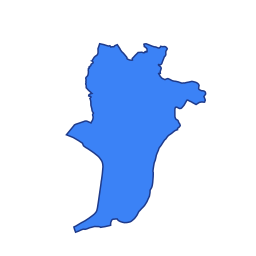 the district of Viet Tri, Phú Thọ, Vietnam, rotated 70°
{"feature_id": "81297802B93284854578765", "entity_name": "Viet Tri", "entity_type": "district", "adm_level": 2, "iso_a3": "VNM", "parent_name": "Vietnam", "parent_adm1": "Phú Thọ", "projection": "robinson", "projection_center": [105.368, 21.333], "detail": "fine", "context": "isolated", "style": "filled", "palette": "blue", "viewbox_px": 256, "rotation_deg": 70, "n_neighbors": 0, "source": "geoboundaries", "source_scale": "gbopen_adm2", "svg_char_len": 4986}
<svg xmlns="http://www.w3.org/2000/svg" viewBox="0 0 256 256"><g transform="rotate(70 128 128)"><path d="M202.5,212.7L204.8,212.9L208.0,212.9L208.0,211.1L208.0,209.9L207.8,207.7L207.7,205.7L207.8,204.6L208.0,203.9L208.5,203.1L208.6,202.5L208.7,201.1L208.6,198.0L208.8,196.4L209.0,194.1L209.1,193.2L209.3,192.6L210.0,190.9L210.5,189.5L211.3,188.2L212.0,187.7L212.2,186.4L212.8,183.4L212.9,182.7L213.1,181.1L213.2,180.5L213.3,179.5L213.4,178.7L213.4,178.2L213.5,177.6L213.0,177.4L212.2,177.1L211.4,176.8L210.7,176.4L210.2,175.9L209.5,175.3L209.1,174.9L208.9,174.5L208.7,174.2L208.6,173.8L208.6,173.6L208.7,172.8L209.0,171.9L209.1,171.5L209.3,170.4L209.6,169.8L209.9,169.2L210.1,169.2L210.3,169.2L211.6,168.7L213.2,167.3L214.7,165.4L215.7,163.8L216.5,161.3L216.8,159.2L216.9,157.9L216.7,156.7L215.6,153.6L214.9,152.2L213.1,149.5L210.2,146.4L209.3,144.5L208.4,142.9L208.0,142.0L207.8,141.5L206.5,139.0L204.2,136.0L203.5,135.2L201.6,133.4L199.4,131.2L196.4,129.5L194.0,128.5L192.9,127.2L192.5,126.7L191.5,125.7L190.0,124.7L187.8,123.5L184.1,121.8L182.3,121.0L180.1,120.1L179.2,119.8L178.4,119.5L177.3,119.4L175.4,118.5L172.1,116.7L169.7,115.3L167.4,113.3L164.6,111.5L163.4,110.8L162.1,109.7L160.9,108.6L159.2,107.0L157.7,105.9L156.8,104.7L156.0,103.4L155.0,102.0L154.1,100.9L153.0,99.4L151.8,97.8L151.1,96.0L150.6,95.4L149.4,93.6L148.8,92.3L148.3,90.2L147.8,88.4L147.5,87.6L147.2,86.8L146.7,85.3L146.5,84.3L146.5,83.0L146.5,82.1L146.1,82.2L145.2,81.3L144.7,79.7L144.1,78.7L143.6,78.1L142.6,78.0L142.1,78.0L141.2,78.1L140.4,78.5L138.8,78.4L138.0,78.5L137.6,78.7L136.4,79.8L135.2,80.1L133.6,80.1L132.4,79.7L129.3,78.6L127.3,77.9L125.9,77.3L124.9,76.4L124.8,75.7L125.3,74.8L127.3,73.0L127.7,71.5L127.4,70.5L125.8,67.6L122.0,63.1L122.2,62.3L123.9,60.8L125.0,59.6L126.4,58.5L127.5,57.5L129.2,56.0L128.7,53.8L128.4,52.4L128.4,51.8L128.7,50.2L128.8,49.6L129.4,48.5L129.9,47.2L128.3,45.9L127.6,45.8L124.4,45.9L123.5,44.6L122.6,43.4L121.3,43.1L120.5,43.1L119.3,43.9L118.7,44.8L118.0,46.3L117.3,47.0L116.1,48.0L115.2,48.2L113.3,47.3L112.5,46.7L111.1,46.7L109.7,47.4L108.9,48.0L108.0,49.0L106.6,51.0L106.0,52.1L105.7,54.8L105.2,57.8L105.1,59.4L104.7,60.2L104.3,62.0L102.7,64.0L102.0,64.8L100.5,67.1L99.6,68.9L98.6,70.3L96.5,72.2L95.2,73.6L95.1,74.2L95.1,76.1L95.2,76.5L95.1,76.8L94.3,77.7L93.0,79.0L90.4,80.1L89.6,80.1L88.5,80.4L87.3,80.6L87.2,80.1L87.4,79.8L87.7,79.4L87.7,78.9L86.4,78.6L85.5,78.1L84.2,77.0L83.3,76.4L82.5,76.3L81.9,76.4L80.3,77.2L79.5,77.8L79.0,77.8L78.8,77.5L78.8,77.3L79.5,76.6L79.6,76.1L79.5,75.2L79.1,74.3L77.6,73.1L75.6,71.3L73.4,69.4L73.1,68.5L72.6,67.9L72.1,67.4L69.8,66.6L68.9,66.2L68.1,65.3L67.5,64.5L67.0,64.0L65.8,64.2L64.7,64.8L64.0,65.6L63.8,66.3L63.4,67.7L62.7,68.9L62.4,69.4L63.2,70.1L63.5,71.5L62.9,72.5L61.4,74.1L60.6,75.7L59.1,77.6L57.0,79.9L55.1,82.1L54.7,83.5L54.7,84.4L55.3,84.5L56.4,84.6L56.7,84.9L56.7,85.4L56.8,85.1L57.9,84.1L59.0,83.5L60.0,83.1L60.9,83.3L62.9,84.1L62.9,84.5L62.2,85.1L62.1,85.9L62.8,86.2L62.8,86.9L62.6,87.7L61.7,88.9L61.4,89.4L61.2,90.3L60.5,92.7L61.5,94.8L62.1,96.2L63.5,98.8L63.9,99.7L64.1,100.2L64.6,100.4L65.6,100.5L65.7,101.1L64.7,103.2L64.1,103.8L63.7,104.2L63.0,105.0L62.3,105.2L61.3,104.9L58.1,106.0L56.2,106.7L54.3,107.7L52.3,108.3L50.6,108.5L47.2,109.3L46.0,109.6L46.1,110.8L46.1,112.0L46.4,112.8L46.8,113.4L46.7,113.7L46.4,114.6L46.1,115.7L46.1,116.4L45.9,116.6L45.0,116.7L44.5,116.9L44.5,117.0L44.4,118.0L44.0,118.8L41.3,122.3L39.1,125.8L41.3,127.5L43.2,129.1L45.4,129.8L47.0,130.4L48.1,131.1L48.9,132.2L49.4,134.2L50.0,135.6L52.2,138.4L52.6,138.9L52.6,139.0L52.9,138.7L53.5,138.4L54.4,138.3L54.9,138.7L55.2,139.5L55.3,140.3L55.5,140.9L56.4,141.4L56.8,141.8L57.0,142.7L57.3,143.7L57.5,143.7L58.2,143.6L58.5,144.0L58.4,144.6L58.6,144.9L58.9,145.0L60.4,145.7L61.4,145.9L63.2,146.7L64.2,147.3L65.0,148.0L65.6,149.0L66.1,150.2L66.8,150.6L67.2,150.8L68.3,150.9L69.7,151.6L70.6,151.9L71.0,151.9L71.4,152.2L72.1,152.7L72.6,152.7L73.6,152.7L75.9,153.5L76.0,153.4L79.1,152.2L81.3,151.0L83.2,150.1L83.0,151.3L83.2,152.4L83.3,153.2L83.6,153.4L84.0,153.8L84.4,154.0L84.8,153.6L85.4,152.4L85.8,152.2L86.3,152.2L86.7,152.9L86.9,153.1L87.2,153.7L87.7,153.7L88.2,153.6L90.3,153.9L91.0,154.1L94.0,155.1L97.5,155.4L99.2,155.8L100.5,155.8L101.8,155.4L102.2,155.3L102.5,155.6L103.0,156.5L103.6,156.8L104.4,156.9L105.3,156.9L106.7,157.4L108.4,158.6L109.4,159.8L109.9,160.4L110.6,161.1L109.9,161.7L107.4,164.4L106.8,165.9L106.8,167.0L106.7,172.9L106.6,175.6L106.8,177.4L107.1,177.7L108.1,179.4L113.3,188.2L118.2,182.7L122.9,178.8L126.7,176.0L129.5,175.9L131.7,174.5L132.4,173.9L133.6,172.9L135.5,171.5L137.7,169.9L139.9,168.4L141.7,167.3L143.8,166.0L145.7,165.1L147.0,164.7L148.1,164.4L148.8,164.2L150.4,163.9L151.7,163.9L153.3,164.1L155.9,164.8L162.3,167.8L167.1,170.3L169.2,171.5L171.4,172.6L173.1,173.5L188.6,181.8L189.1,182.1L192.2,183.8L193.2,184.4L195.0,185.6L196.1,186.8L197.3,188.9L198.1,191.1L199.1,194.5L199.4,195.5L200.5,200.1L200.9,202.8L201.0,203.8L202.3,210.5L202.5,212.7Z" fill="#3b82f6" stroke="#1e3a8a" stroke-width="1.5"/></g></svg>